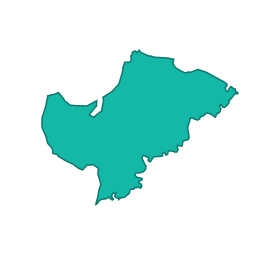 Firestone, Margibi, Liberia (Mercator projection), rotated 24°
{"feature_id": "62588387B74380915330894", "entity_name": "Firestone", "entity_type": "district", "adm_level": 2, "iso_a3": "LBR", "parent_name": "Liberia", "parent_adm1": "Margibi", "projection": "mercator", "projection_center": [-10.331, 6.374], "detail": "fine", "context": "isolated", "style": "filled", "palette": "teal", "viewbox_px": 256, "rotation_deg": 24, "n_neighbors": 0, "source": "geoboundaries", "source_scale": "gbopen_adm2", "svg_char_len": 4606}
<svg xmlns="http://www.w3.org/2000/svg" viewBox="0 0 256 256"><g transform="rotate(24 128 128)"><path d="M41.6,131.1L41.6,131.3L42.1,133.0L43.4,139.0L43.9,141.1L44.8,148.0L45.0,150.6L45.2,153.1L46.0,155.1L46.5,156.4L47.4,158.5L48.3,160.7L50.3,163.6L56.3,168.9L57.4,170.3L60.8,174.6L66.6,177.3L67.3,177.7L68.8,180.2L68.9,180.6L69.8,181.8L73.8,181.0L76.1,182.2L81.4,182.9L83.7,183.2L83.9,183.2L92.6,183.4L99.8,185.0L103.0,184.8L103.5,184.8L104.0,183.3L105.5,178.8L111.2,175.7L117.5,176.9L118.2,179.2L119.1,182.2L123.5,187.2L124.7,188.8L125.5,189.8L126.1,190.5L126.2,191.3L126.2,191.7L126.3,192.4L126.6,195.1L126.8,196.6L127.2,198.6L127.7,200.5L128.6,204.2L129.2,208.7L129.6,210.1L129.7,210.8L130.7,209.6L131.1,206.4L132.8,204.0L133.6,203.5L135.4,202.2L135.9,202.3L138.6,199.1L140.1,199.5L141.7,199.9L142.7,200.1L143.0,199.6L143.4,199.7L143.6,199.1L143.6,198.9L143.5,198.7L142.9,198.6L142.4,198.3L141.4,197.5L140.5,196.9L140.7,194.8L140.8,193.2L142.4,193.2L143.4,192.4L143.5,195.8L143.9,196.0L144.1,196.0L144.4,196.2L145.5,196.3L146.4,196.4L147.0,196.4L147.5,196.3L148.0,195.9L148.2,195.7L148.4,196.0L148.7,196.9L149.6,195.0L152.9,192.8L154.8,189.0L155.7,187.1L155.1,183.7L156.1,182.2L158.0,181.8L158.6,179.7L158.7,179.3L159.7,179.3L160.7,178.5L161.0,178.2L161.8,177.2L162.1,177.4L162.9,177.9L163.9,177.8L164.1,177.2L164.2,176.6L164.0,174.8L162.8,173.9L160.5,173.8L159.8,173.2L159.6,172.3L160.6,171.3L161.5,170.0L161.8,169.7L161.5,168.6L161.0,168.5L160.3,168.4L158.7,169.0L158.1,169.0L156.9,169.5L155.5,169.0L154.0,168.6L153.2,167.3L153.2,166.5L154.1,165.7L154.7,165.4L155.5,164.9L158.1,163.4L159.3,162.0L159.9,161.6L160.8,159.1L160.5,156.9L159.9,155.3L158.7,154.7L157.1,153.4L155.7,152.3L153.0,149.9L152.9,148.8L152.9,148.0L152.8,147.1L153.4,146.6L154.4,146.7L155.3,146.7L155.6,146.8L156.6,146.8L157.0,146.8L158.5,146.7L159.3,147.3L159.3,149.2L160.6,149.9L161.0,150.1L161.3,149.9L161.9,149.9L162.3,149.3L162.7,145.8L163.1,145.0L163.1,144.7L163.4,143.8L166.6,142.0L169.0,140.9L170.2,140.0L171.0,139.4L170.4,138.5L170.2,137.9L170.0,137.2L170.3,136.2L170.5,136.1L171.1,135.9L172.3,136.2L173.1,137.0L173.8,137.3L174.9,135.7L174.2,133.3L174.6,132.8L175.3,131.9L178.1,131.1L178.8,131.0L180.4,131.0L182.3,130.2L182.6,127.6L182.1,127.0L181.9,126.8L180.5,125.2L180.5,123.6L182.5,123.3L184.8,122.5L183.8,118.6L183.6,117.6L185.5,115.8L187.6,114.4L187.8,112.0L186.2,109.4L185.6,108.4L183.2,105.1L182.0,102.2L181.7,98.8L181.0,93.5L182.0,92.9L184.9,92.8L188.3,92.5L189.5,90.9L189.7,90.7L189.7,88.0L191.9,86.3L193.6,82.3L194.4,82.1L196.3,81.8L196.8,81.7L197.8,81.6L201.1,82.2L203.3,82.7L203.5,81.9L203.3,79.8L203.4,79.4L203.5,79.1L203.8,78.1L204.3,78.0L205.3,76.6L205.1,72.8L202.7,70.6L202.7,69.3L204.0,69.1L204.4,69.5L204.9,69.5L206.2,70.4L206.9,70.4L207.8,69.8L208.4,68.7L209.5,66.1L210.0,64.0L210.0,63.7L209.7,63.0L209.1,61.8L209.8,60.6L209.8,60.3L210.5,58.6L210.7,57.5L211.1,55.7L211.1,55.4L211.9,53.1L213.5,52.5L213.7,52.3L214.4,51.9L213.9,51.2L213.0,50.7L212.7,50.8L211.9,51.2L210.8,50.5L210.7,49.9L210.7,49.2L210.0,48.8L209.8,48.8L209.7,48.9L208.2,49.3L207.3,48.7L206.9,48.7L205.6,48.3L204.9,48.6L204.4,50.6L204.3,51.6L204.3,52.4L204.3,53.5L204.2,54.2L203.2,54.2L202.8,54.1L202.6,54.1L201.9,53.7L201.6,53.5L201.5,53.2L201.0,52.6L200.3,51.1L200.9,50.3L200.9,50.1L201.1,49.4L200.6,47.7L196.9,46.8L192.3,46.5L185.3,45.9L177.1,45.2L175.1,45.4L167.9,46.1L166.8,47.3L165.7,48.5L162.8,51.5L160.2,52.3L158.2,54.4L153.7,54.4L149.7,54.0L147.6,53.8L144.7,52.3L144.1,51.9L142.6,50.5L141.9,46.6L138.9,47.3L136.4,47.8L127.6,51.0L123.7,52.5L122.4,52.7L119.5,53.0L117.0,53.9L113.2,53.7L109.1,53.8L106.4,52.4L106.4,52.7L105.8,54.8L105.7,54.9L105.4,55.5L105.1,55.1L103.9,54.7L103.7,54.8L102.9,54.9L102.6,55.1L102.0,55.7L101.3,57.0L101.1,57.4L101.1,57.5L101.4,57.7L101.5,57.8L101.9,58.2L101.9,58.6L102.0,58.9L102.0,59.0L102.0,59.3L101.6,60.2L101.2,61.2L101.9,62.0L102.2,62.5L103.0,63.6L103.1,64.5L103.2,65.3L103.1,66.4L103.0,67.2L102.9,67.3L102.2,67.5L99.3,68.7L98.4,69.1L98.4,69.6L98.4,71.1L98.7,71.6L98.6,73.6L98.6,74.1L99.8,77.7L100.2,79.1L101.0,85.5L101.8,91.4L98.7,100.9L97.7,102.5L96.6,104.2L93.6,108.8L92.6,110.0L93.1,110.7L93.4,111.1L94.6,113.2L94.9,114.8L95.3,116.6L95.9,119.0L96.6,121.8L96.8,122.3L96.9,122.5L97.2,123.1L96.8,123.3L93.5,129.6L92.5,132.0L92.4,132.0L89.9,132.0L87.2,131.8L90.0,120.9L90.3,120.8L88.3,115.8L88.0,116.2L81.6,124.5L80.8,124.9L71.3,128.8L65.4,130.8L65.2,130.8L64.8,130.6L64.6,130.4L61.7,129.4L59.8,129.3L59.4,129.2L58.9,128.9L57.5,127.7L57.2,127.4L53.2,125.4L51.2,124.4L49.9,124.0L47.2,127.1L45.0,128.6L44.6,128.9L42.6,130.4L41.6,131.1Z" fill="#14b8a6" stroke="#0f766e" stroke-width="1.5"/></g></svg>